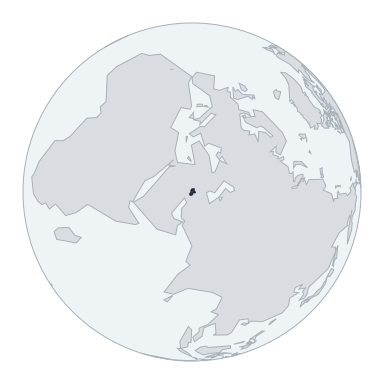 Ilam on an orthographic globe, rotated 71°
{"feature_id": "IRN-3221", "entity_name": "Ilam", "entity_type": "Province", "adm_level": 1, "iso_a3": "IRN", "parent_name": "Iran", "parent_adm1": "", "projection": "orthographic", "projection_center": [46.793, 33.074], "detail": "fine", "context": "on_globe", "style": "filled", "palette": "slate", "viewbox_px": 384, "rotation_deg": 71, "n_neighbors": 0, "source": "natural_earth", "source_scale": "10m", "svg_char_len": 11439}
<svg xmlns="http://www.w3.org/2000/svg" viewBox="0 0 384 384"><g transform="rotate(71 192 192)"><circle cx="192" cy="192" r="169" fill="#eef3f6" stroke="#a8b0b8"/><path d="M191.3,23.0L193.4,23.1L211.8,24.8L219.5,25.6L216.3,25.6L232.3,28.0L243.5,31.2L229.6,27.5L227.2,27.2L234.3,29.0L233.4,29.2L236.2,30.3L234.5,30.5L226.6,28.9L225.3,29.1L230.4,30.4L231.8,31.8L224.6,29.7L226.4,32.1L213.4,30.8L195.5,26.8L187.0,27.9L165.2,29.0L166.0,29.7L158.2,31.2L156.1,32.8L152.7,33.0L154.0,34.2L157.6,33.7L159.4,34.2L158.5,35.2L153.9,35.5L153.7,35.0L151.9,35.6L150.0,35.4L150.4,36.1L145.0,36.6L149.0,37.7L143.6,39.5L140.3,39.4L142.5,37.3L140.3,33.4L137.7,33.5L131.9,35.3L117.0,42.6L113.4,43.9L107.1,47.1L108.3,47.1L113.6,44.7L114.2,45.9L120.6,43.3L121.8,43.6L127.6,42.1L124.7,44.7L118.8,48.3L113.7,49.8L111.0,51.6L114.1,52.3L103.2,57.9L93.4,66.5L90.8,68.0L88.6,66.1L92.6,59.9L89.8,59.2L89.6,62.4L83.1,66.6L81.2,68.6L80.3,70.2L82.0,69.7L79.4,72.0L78.6,69.3L81.0,67.2L81.2,67.9L83.1,65.3L82.5,64.3L79.2,66.9L81.8,63.9L81.5,64.2L90.8,56.7L100.6,49.9L110.9,43.8L121.6,38.4L132.7,33.8L144.1,30.0L155.7,27.0L167.4,24.8L179.4,23.5L191.3,23.0ZM23.3,201.1L23.5,204.3L25.4,218.2L26.8,226.9L27.0,228.4L24.6,214.8L23.3,201.1ZM225.3,26.5L221.4,25.7L225.4,26.5L225.3,26.5ZM236.9,30.5L238.3,30.7L239.2,31.3L236.9,30.5ZM128.8,40.8L128.2,41.5L127.4,41.4L128.8,40.8ZM131.9,39.7L131.4,39.2L132.8,38.6L133.1,38.9L131.9,39.7ZM237.5,32.1L238.5,33.1L236.1,31.8L237.5,32.1ZM132.2,40.5L135.4,37.7L137.9,36.7L141.0,37.2L132.2,40.5ZM238.2,33.5L240.8,36.4L244.1,37.0L236.2,37.2L236.6,34.4L233.1,32.6L236.5,33.6L238.2,33.5ZM159.1,33.2L155.3,33.7L159.3,32.4L159.1,33.2ZM161.2,32.3L171.0,28.5L176.2,28.6L171.8,29.7L179.2,29.4L177.0,31.2L172.4,31.8L169.5,31.3L170.9,32.5L161.2,32.3ZM231.4,37.1L230.9,37.7L229.9,36.8L231.4,37.1ZM160.4,34.3L161.9,33.4L166.5,33.3L164.3,35.2L163.5,34.6L160.4,34.3ZM182.3,28.5L185.3,29.0L184.4,30.6L185.4,31.0L177.4,31.3L182.3,28.5ZM162.0,35.1L163.1,36.1L160.1,37.2L159.2,35.2L162.0,35.1ZM168.6,32.6L170.7,32.7L168.8,33.2L168.6,32.6ZM150.2,41.9L151.9,40.5L154.4,40.3L150.2,41.9ZM163.7,36.5L164.7,36.1L165.9,36.0L166.0,36.9L163.7,36.5ZM177.3,32.5L176.2,33.2L180.5,32.4L179.9,33.8L174.7,33.8L176.7,34.4L176.5,34.9L172.4,34.4L177.3,32.5ZM169.7,37.5L162.8,38.4L159.1,40.8L156.7,41.0L163.1,37.1L169.7,37.5ZM171.7,35.7L169.9,36.8L167.8,36.3L167.8,35.3L171.7,35.7ZM181.4,34.8L183.6,32.7L184.7,32.8L181.4,34.8ZM169.0,38.2L170.7,38.0L169.0,38.5L169.0,38.2ZM178.1,35.9L178.7,35.1L179.9,35.2L178.1,35.9ZM173.5,38.4L171.3,38.6L171.2,37.9L173.5,38.4ZM175.9,37.3L177.4,37.7L172.4,37.5L176.0,36.9L175.9,37.3ZM179.1,36.2L180.0,36.0L178.7,36.5L179.1,36.2ZM175.2,41.5L169.0,41.3L168.7,39.5L174.8,39.8L175.2,41.5ZM49.0,222.9L44.6,194.5L49.0,187.9L51.4,177.0L82.9,154.6L87.8,159.9L110.6,164.4L113.2,166.9L108.6,174.9L124.2,191.1L131.4,185.3L147.5,194.7L159.4,196.2L167.0,180.2L147.5,177.3L146.1,168.6L163.2,163.9L180.5,166.8L180.4,163.6L171.1,155.4L176.7,150.0L168.1,152.1L170.4,155.7L165.0,157.3L162.6,154.1L164.7,152.2L159.9,150.1L151.3,160.4L152.7,165.1L139.2,164.7L140.3,172.8L136.0,175.6L132.7,163.0L134.3,159.0L126.7,144.2L123.8,148.3L130.8,162.7L127.9,161.0L124.0,167.4L124.7,161.2L117.8,145.0L106.7,144.0L89.8,156.0L84.0,154.7L80.3,148.6L89.4,132.9L101.5,137.8L104.8,133.0L104.8,123.7L108.5,126.2L110.0,123.2L114.8,124.8L124.0,119.9L129.2,120.9L135.2,112.4L138.7,112.0L134.2,117.0L133.8,121.4L147.2,124.6L150.4,123.3L153.2,117.6L156.6,119.5L157.6,113.7L166.4,113.2L156.5,109.2L159.5,103.2L166.1,99.7L165.3,97.2L154.6,103.1L151.9,106.2L152.4,109.9L143.6,118.6L138.5,119.0L141.0,107.7L134.1,107.4L139.1,99.3L165.0,87.3L174.6,86.2L185.5,96.4L181.9,99.8L176.2,97.6L179.4,105.0L180.1,101.7L182.9,103.5L186.5,98.9L188.6,99.9L188.4,93.8L191.4,94.7L191.5,98.5L199.3,93.0L206.2,93.7L207.0,92.0L205.8,89.9L215.3,92.6L215.5,91.3L212.4,89.8L210.7,86.3L211.4,81.3L214.6,82.5L214.8,84.4L220.1,90.6L220.1,96.0L221.5,96.1L222.3,91.7L215.8,84.1L215.3,80.8L218.9,83.9L217.6,82.5L218.3,81.3L222.1,81.3L218.4,77.7L222.4,64.2L230.1,63.4L232.9,67.3L239.1,60.6L247.3,61.2L244.5,59.7L245.6,56.2L243.0,55.9L241.7,55.0L243.3,46.8L246.2,46.2L243.6,42.0L242.2,41.3L239.9,41.5L236.2,37.2L244.1,37.0L247.0,38.4L250.0,37.7L256.2,41.1L262.7,44.0L267.7,48.7L272.4,50.9L273.1,50.5L279.9,53.5L291.9,62.1L279.5,57.0L261.0,46.6L268.3,50.8L265.8,50.6L268.0,52.6L273.2,55.8L274.3,55.6L278.5,66.1L289.5,78.0L290.7,74.3L295.1,75.6L308.7,88.0L320.2,112.9L326.2,116.6L329.0,120.7L329.2,125.6L325.1,119.7L322.0,119.8L319.7,116.0L318.6,122.6L315.2,117.4L316.0,125.5L319.7,128.4L321.9,124.1L324.0,133.9L330.9,137.8L335.7,146.2L337.5,167.5L333.4,178.0L334.0,181.2L330.2,180.2L328.4,188.7L337.8,200.5L338.6,205.2L334.2,218.6L333.6,215.4L323.8,212.8L324.2,224.8L331.7,229.5L334.4,238.4L329.6,238.5L326.6,230.8L323.1,229.6L322.4,219.6L316.5,207.0L311.5,212.9L310.4,206.9L301.4,197.7L293.4,205.7L281.8,227.1L282.7,242.6L277.5,250.9L265.1,232.2L260.6,217.7L255.4,220.4L243.1,209.7L220.0,212.1L217.3,208.3L212.8,210.6L204.3,207.1L200.5,200.5L195.0,201.1L205.5,218.3L211.4,217.6L217.2,210.5L218.9,216.7L227.2,221.4L215.8,237.2L182.5,250.8L180.3,239.2L160.6,204.9L161.8,201.2L161.8,200.8L161.6,200.0L158.7,205.9L155.6,199.0L165.0,223.2L166.1,233.0L182.0,251.5L180.2,253.3L185.7,257.0L204.4,252.4L204.3,256.2L194.8,273.5L169.8,294.6L173.7,308.5L173.1,319.2L158.9,324.8L161.7,332.4L154.6,334.0L155.2,337.8L150.4,340.8L141.7,342.5L125.5,338.6L123.2,335.2L113.2,326.4L98.8,304.8L101.6,297.0L99.6,289.1L88.0,267.4L90.5,257.9L87.7,252.3L81.7,251.0L78.6,244.1L75.1,242.4L54.4,234.3L49.0,222.9ZM70.1,169.5L68.7,172.6L70.1,169.5ZM197.6,178.7L208.7,179.3L205.6,168.7L209.6,168.2L207.1,164.9L205.4,167.9L199.5,159.0L204.9,156.0L204.6,151.4L200.8,151.0L191.8,158.2L200.1,170.7L196.7,175.1L197.6,178.7ZM83.2,66.8L83.1,67.1L81.8,68.9L81.4,68.6L83.2,66.8ZM82.0,74.7L77.7,78.2L80.5,75.3L79.1,75.3L83.2,69.7L89.7,68.4L86.0,69.9L82.0,74.7ZM90.5,62.4L87.2,65.7L90.6,62.1L90.5,62.4ZM113.5,106.5L114.3,109.2L111.3,112.1L104.6,111.9L109.0,107.6L113.5,106.5ZM116.2,112.5L120.5,102.0L124.8,102.1L121.7,103.7L124.1,104.8L119.7,107.9L119.5,118.7L116.8,122.1L106.0,119.2L111.1,118.1L109.9,115.4L116.2,112.5ZM124.0,78.9L126.0,75.4L132.8,79.9L130.2,82.7L123.4,82.4L122.5,78.9L124.0,78.9ZM137.0,42.5L137.3,41.6L138.6,41.4L139.4,42.0L137.0,42.5ZM150.8,41.3L137.1,46.5L136.7,45.6L129.1,50.2L125.2,49.9L130.3,46.8L121.6,50.3L124.6,47.4L118.8,50.1L130.5,43.3L132.8,41.2L131.7,43.6L135.2,43.9L137.4,43.4L145.5,40.5L152.3,36.6L156.8,36.6L158.3,37.7L157.3,38.6L154.7,38.2L155.3,39.8L150.7,40.0L150.8,41.3ZM172.2,56.0L169.5,54.2L170.1,59.2L165.5,58.7L165.9,59.3L161.8,60.3L157.4,62.7L155.7,62.1L154.7,63.4L152.0,64.2L150.2,65.8L146.3,65.3L143.7,67.3L143.3,65.9L139.9,69.6L140.7,66.7L137.3,67.8L138.3,70.0L121.9,65.5L114.5,66.5L107.8,69.1L110.0,64.4L117.8,59.2L127.6,54.8L134.5,54.8L134.3,52.9L137.5,52.4L136.4,54.1L140.1,51.3L142.5,51.4L151.3,48.8L155.2,45.1L158.5,44.2L158.2,45.8L161.7,43.9L163.3,46.3L165.7,45.9L169.6,48.0L167.5,51.6L170.4,50.9L173.5,52.7L172.2,56.0ZM176.2,42.1L174.7,46.0L171.5,47.8L166.0,43.4L163.6,43.5L159.9,41.2L164.7,38.8L165.3,39.6L167.0,39.9L164.8,40.5L167.8,40.2L168.7,41.5L171.3,41.7L170.1,42.8L176.2,42.1ZM117.3,164.6L119.4,165.6L123.1,166.3L120.8,170.5L117.3,164.6ZM112.3,153.6L114.5,153.7L113.0,159.6L110.7,158.6L112.3,153.6ZM117.0,149.0L114.7,153.2L114.6,150.4L117.0,149.0ZM136.3,116.9L138.7,116.9L138.5,118.3L136.6,120.0L136.3,116.9ZM172.9,72.4L171.9,70.7L172.9,70.2L174.0,66.1L177.5,66.4L178.2,69.0L172.9,72.4ZM163.0,182.6L158.8,185.4L157.3,183.6L159.0,183.0L163.0,182.6ZM138.2,178.2L143.2,181.5L137.5,179.4L138.2,178.2ZM176.9,72.1L176.9,70.3L178.6,71.6L176.9,72.1ZM180.1,66.4L182.3,67.6L178.0,65.9L180.1,66.4ZM234.1,354.7L235.5,354.7L232.8,355.3L234.1,354.7ZM202.5,318.0L192.8,335.3L184.6,335.3L182.3,330.5L185.4,320.0L194.6,316.9L198.9,311.6L202.5,318.0ZM350.6,243.3L351.9,241.6L351.8,242.3L350.6,243.3ZM349.3,243.6L351.1,241.1L348.7,245.5L349.3,243.6ZM351.8,240.1L353.6,236.1L354.4,233.8L354.1,235.4L351.8,240.1ZM348.0,245.4L339.1,254.7L335.1,256.6L336.5,253.4L342.9,248.2L348.0,245.4ZM336.1,253.6L329.6,252.3L318.0,239.3L322.2,237.2L333.8,241.9L333.1,244.5L337.1,246.5L336.1,253.6ZM350.5,227.6L349.7,234.3L345.2,239.1L342.9,240.4L341.4,234.0L342.3,229.1L344.3,227.3L349.9,205.7L352.3,206.4L351.0,214.7L352.9,217.9L350.5,227.6ZM283.5,243.7L287.9,251.2L284.9,253.7L283.5,243.7ZM350.8,192.7L349.5,202.0L350.2,190.9L350.8,192.7ZM350.3,183.3L351.1,186.2L349.6,184.5L350.3,183.3ZM335.3,185.6L333.3,188.3L332.5,186.1L334.6,181.4L335.3,185.6ZM339.3,153.5L342.0,160.0L342.6,162.7L340.4,159.7L339.3,153.5ZM206.7,74.9L201.3,80.1L199.7,84.7L202.4,88.3L196.2,85.7L198.7,78.6L206.7,74.9ZM220.1,65.3L217.7,62.6L220.2,62.6L221.1,63.2L220.1,65.3ZM217.6,64.5L211.8,63.5L211.4,61.2L216.1,62.4L217.6,64.5ZM194.3,67.1L192.4,68.6L191.1,67.4L194.3,67.1ZM327.9,292.4L331.2,287.3L331.9,286.4L335.7,279.5L345.0,263.5L352.7,244.0L353.2,242.5L348.5,255.7L342.6,268.5L335.7,280.8L327.9,292.4ZM353.8,238.1L356.1,229.9L356.9,227.7L353.8,238.1ZM360.3,207.3L360.2,208.3L360.2,206.7L360.6,202.4L359.9,204.4L360.7,198.4L360.7,201.4L360.3,207.3ZM358.3,215.4L358.1,217.2L357.7,217.1L358.3,215.4ZM358.8,212.9L359.7,211.1L358.6,214.6L358.8,212.9ZM353.9,217.8L354.5,220.7L356.3,215.0L354.9,221.0L355.7,225.2L355.0,228.4L354.4,223.6L353.4,231.5L352.5,232.8L352.5,227.4L353.6,218.5L354.4,214.0L357.5,207.0L353.9,217.8ZM359.0,208.2L358.7,204.5L358.8,200.8L359.2,202.2L359.0,208.2ZM356.8,196.4L355.0,193.5L354.0,197.8L355.2,185.9L357.0,190.6L356.8,196.4ZM354.1,186.9L353.3,190.7L353.7,184.3L354.1,186.9ZM352.7,189.5L351.8,186.0L352.8,184.9L352.7,189.5ZM354.7,185.9L353.6,179.3L354.8,182.2L354.7,185.9ZM349.3,178.5L352.9,181.1L349.6,183.0L346.0,171.3L347.1,169.1L349.3,178.5ZM333.9,120.6L331.7,117.9L331.7,115.4L333.2,118.0L333.9,120.6ZM329.9,106.0L331.0,113.9L331.5,120.8L333.0,121.0L336.0,127.4L332.1,124.2L329.3,115.4L329.5,111.2L326.4,106.3L324.6,101.1L320.2,96.2L318.4,92.9L322.5,96.2L329.9,106.0ZM318.2,94.2L309.8,85.1L311.4,83.2L313.6,84.8L316.8,89.6L315.8,90.3L318.2,94.2ZM308.3,82.4L307.2,83.2L292.6,73.8L289.9,71.4L301.9,76.9L301.5,78.0L304.8,80.8L308.3,82.4ZM232.7,38.1L231.0,37.7L232.4,37.5L232.7,38.1ZM240.3,54.9L238.8,53.6L240.5,53.3L240.3,54.9ZM235.5,50.1L234.7,51.3L234.2,49.5L235.5,50.1ZM233.0,54.4L233.7,51.6L235.0,55.0L233.0,54.4Z" fill="#d9dde1" stroke="#a8b0b8" stroke-width="1"/><path d="M189.4,190.5L189.4,190.4L189.5,189.9L189.6,189.6L189.6,189.4L189.6,189.2L189.8,189.2L190.2,189.2L190.5,189.3L190.9,189.4L191.1,189.5L191.3,189.7L191.9,189.9L192.2,189.9L192.6,189.8L193.0,189.8L193.0,189.7L193.0,189.4L192.9,189.3L192.9,189.2L193.3,189.1L193.5,189.2L193.5,189.3L193.6,189.5L193.3,189.8L192.4,190.1L192.2,190.4L192.1,190.6L192.3,190.7L192.3,190.8L192.5,190.9L192.5,191.0L192.8,191.2L193.0,191.3L193.1,191.5L193.5,191.7L193.7,191.8L193.8,191.9L193.8,192.0L194.0,192.1L194.3,192.4L194.7,193.3L194.5,193.9L194.3,194.2L194.4,194.3L194.4,194.5L194.0,194.8L193.9,194.8L193.8,194.7L193.7,194.7L193.8,194.6L193.7,194.5L193.7,194.4L193.5,194.2L193.5,193.9L193.4,193.9L193.2,193.7L193.0,193.8L192.9,193.8L192.7,193.8L192.7,193.7L191.9,193.1L191.8,192.9L191.6,192.8L191.5,192.7L191.3,192.6L191.2,192.5L191.0,192.4L190.7,192.3L190.4,192.4L190.2,192.2L190.3,192.2L190.1,192.0L190.1,191.9L190.3,191.9L190.5,191.7L190.4,191.6L190.5,191.5L190.4,191.4L190.2,191.2L190.1,190.9L190.0,190.7L189.9,190.7L189.9,190.8L189.7,190.8L189.7,190.7L189.8,190.6L189.8,190.4L189.7,190.4L189.4,190.5L189.4,190.5Z" fill="#64748b" stroke="#1e293b" stroke-width="1.5"/></g></svg>